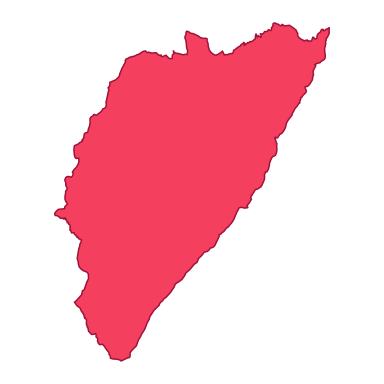 the district of Jerusalén, Cundinamarca, Colombia
{"feature_id": "7082276B72958571486276", "entity_name": "Jerusalén", "entity_type": "district", "adm_level": 2, "iso_a3": "COL", "parent_name": "Colombia", "parent_adm1": "Cundinamarca", "projection": "natural_earth1", "projection_center": [-74.701, 4.558], "detail": "fine", "context": "isolated", "style": "filled", "palette": "rose", "viewbox_px": 384, "rotation_deg": 0, "n_neighbors": 0, "source": "geoboundaries", "source_scale": "gbopen_adm2", "svg_char_len": 5769}
<svg xmlns="http://www.w3.org/2000/svg" viewBox="0 0 384 384"><path d="M296.0,30.0L292.4,27.2L289.3,25.3L284.4,25.9L282.7,24.6L282.0,24.5L281.5,25.8L279.2,25.1L278.6,24.4L276.0,23.6L275.2,23.0L273.6,23.2L273.0,23.9L272.9,25.8L272.5,26.8L271.5,27.5L271.5,29.6L271.1,30.4L270.1,30.4L269.5,29.9L268.3,29.8L267.4,31.4L264.5,31.6L263.8,32.9L262.8,33.9L260.4,33.9L260.4,34.2L261.0,35.1L261.2,36.6L260.8,37.3L258.4,35.7L257.5,36.9L257.1,36.9L256.4,34.3L256.0,34.1L255.5,35.5L255.3,38.6L254.8,39.4L254.0,39.6L253.6,40.4L251.4,41.6L249.8,41.6L249.0,42.7L247.5,42.7L246.8,43.7L245.2,43.9L244.7,45.3L244.2,45.0L244.3,42.9L243.7,42.5L242.8,43.6L240.9,44.8L240.1,46.1L238.1,47.1L234.7,49.8L233.8,50.2L233.4,50.8L233.4,52.3L232.2,53.6L230.8,53.5L229.1,53.9L227.6,54.8L226.7,54.5L224.3,54.9L222.5,51.2L219.8,53.3L215.9,55.4L213.1,54.1L211.1,52.5L209.1,49.8L208.9,48.2L208.3,46.7L208.3,45.4L207.8,42.8L206.9,40.4L207.2,39.0L206.9,38.7L205.6,38.2L203.6,38.4L200.4,37.6L198.3,36.0L193.5,33.7L190.6,33.2L188.6,31.7L186.8,31.2L186.0,32.2L186.1,34.2L185.0,36.5L184.9,37.6L186.1,41.6L186.6,47.4L187.1,49.5L187.8,51.1L187.2,53.0L187.0,54.6L185.5,54.3L182.8,54.8L178.7,53.5L176.3,53.3L174.0,52.2L173.4,50.5L173.3,51.2L173.9,53.4L172.4,55.0L172.2,58.0L172.0,58.4L170.6,58.7L168.8,58.2L166.0,55.2L162.8,56.5L161.6,56.5L161.2,56.2L161.2,55.1L158.7,55.2L156.9,53.3L156.0,52.7L151.9,53.1L148.3,52.1L147.3,52.6L146.3,52.1L145.7,51.0L143.9,51.1L141.4,52.4L139.2,54.1L137.4,54.6L134.7,56.0L129.2,57.4L128.3,58.2L126.1,59.0L125.2,60.6L125.5,61.3L125.3,62.3L121.9,68.5L119.8,73.8L119.2,76.5L115.6,79.9L109.8,82.4L109.9,85.0L109.1,86.5L108.1,87.7L108.3,88.6L108.8,89.2L108.9,90.3L108.4,91.2L106.3,101.3L105.9,102.1L106.3,104.1L105.9,106.9L105.0,108.0L102.6,109.1L101.9,110.7L101.0,111.7L96.9,114.9L96.1,115.2L94.4,114.5L93.7,114.6L92.8,115.9L90.9,117.2L90.0,118.6L90.1,122.6L89.5,126.1L88.4,129.0L87.9,131.7L87.2,132.4L85.6,132.8L84.2,134.1L83.9,137.1L83.6,138.1L82.1,140.0L82.6,140.3L82.4,141.1L79.6,142.7L77.9,144.2L75.0,145.4L74.3,146.0L73.9,149.9L74.3,154.4L74.8,156.8L75.6,158.1L76.2,158.5L78.0,158.1L78.8,158.4L78.9,161.7L78.4,163.5L76.8,166.8L73.7,170.0L72.4,172.2L73.3,173.9L72.2,176.4L71.3,177.2L69.0,176.5L67.0,176.7L65.9,177.5L64.9,179.4L65.0,181.1L65.7,182.1L65.8,185.4L67.2,188.4L66.8,189.9L65.7,191.0L65.5,193.9L65.0,196.1L65.0,199.1L65.8,201.7L66.9,202.7L67.4,204.1L65.0,206.5L64.7,207.3L64.7,208.7L58.7,209.3L58.0,209.6L55.3,212.3L54.8,213.5L54.8,214.7L55.3,215.5L57.0,215.7L58.3,216.3L60.6,218.3L62.1,218.2L63.6,218.9L63.9,218.1L65.0,217.9L64.9,219.0L65.2,219.3L65.9,219.0L66.5,220.8L67.1,221.2L67.3,222.7L68.3,222.5L68.8,224.3L70.0,225.1L70.3,226.3L69.9,227.1L70.3,227.6L70.1,228.1L70.2,228.8L69.8,230.0L70.8,230.4L71.0,231.5L71.6,232.9L73.9,232.7L74.7,234.6L75.8,235.0L76.1,235.9L76.9,236.1L77.0,237.3L78.2,237.4L78.7,238.8L79.8,238.9L80.3,239.6L81.4,240.0L81.3,241.3L79.9,244.3L79.6,246.4L78.8,248.8L77.2,258.3L77.7,260.4L78.3,261.6L78.2,263.0L79.2,267.0L81.7,269.6L83.5,270.8L86.7,272.0L88.0,273.4L88.3,273.8L88.5,278.7L86.8,282.1L84.4,289.2L83.8,290.1L82.4,290.8L81.6,294.8L76.1,300.9L74.5,302.2L77.1,305.9L79.7,307.7L80.3,308.5L81.3,311.1L82.0,311.6L82.2,312.3L82.7,312.5L82.9,313.5L83.5,314.2L84.3,316.3L84.3,317.1L84.9,317.3L84.8,318.3L86.2,319.3L86.5,320.3L86.4,324.4L87.1,326.1L87.6,326.7L87.4,327.6L88.0,328.0L88.5,331.1L91.5,334.4L93.8,334.3L95.5,333.6L95.8,333.8L96.2,335.6L96.0,336.8L97.1,337.9L97.7,338.9L97.5,341.1L98.5,343.6L100.0,344.7L102.5,344.3L104.5,346.4L105.6,348.3L108.7,352.4L109.2,353.6L109.0,354.3L110.1,355.5L110.5,358.3L113.3,359.0L117.2,359.2L120.3,360.2L121.2,361.0L127.9,357.7L129.0,357.7L129.8,357.1L130.2,355.4L130.0,354.6L130.2,352.7L131.7,350.5L136.4,345.8L138.4,340.1L140.7,336.3L141.4,334.4L143.7,331.0L145.3,328.0L147.0,323.2L149.3,319.1L149.7,316.9L154.0,310.3L159.2,305.2L159.4,304.2L160.1,302.9L162.6,300.7L163.9,298.7L166.0,297.4L170.7,292.2L174.1,287.1L175.3,284.2L176.6,283.0L178.1,282.3L182.0,279.4L184.9,275.3L185.5,273.5L186.3,272.6L189.8,269.6L194.4,264.1L197.0,262.4L198.5,258.6L202.0,255.2L204.2,252.2L207.3,251.4L208.8,250.3L210.2,248.2L213.0,247.3L214.6,245.9L219.2,236.4L219.1,234.8L220.6,234.2L222.3,232.4L223.2,232.0L224.3,231.0L226.5,227.9L227.8,227.4L232.3,222.0L233.9,219.3L236.9,212.0L238.5,209.3L238.5,208.5L238.9,208.0L241.2,207.3L245.1,208.2L245.8,207.5L246.9,207.9L247.6,207.7L247.8,207.2L247.1,205.5L248.9,203.4L251.4,199.4L250.8,197.5L251.5,195.3L252.1,195.1L252.4,194.1L253.4,193.0L255.3,189.6L257.3,189.1L258.7,188.4L259.8,187.3L260.7,187.1L262.0,185.1L264.2,180.0L264.6,178.0L264.5,174.7L265.6,172.0L267.0,171.8L268.6,168.7L269.4,164.9L269.3,164.2L270.7,160.1L272.0,157.4L272.7,156.6L273.8,156.3L275.5,155.1L276.7,151.9L276.9,148.9L276.6,145.1L277.0,143.9L276.2,142.2L274.9,137.6L275.4,137.2L276.4,137.9L277.6,137.8L279.7,134.5L282.1,133.1L282.3,132.4L283.6,131.3L283.7,130.3L284.4,129.8L285.5,127.4L286.4,123.3L288.1,120.2L291.8,115.5L292.8,112.5L293.5,111.6L295.0,108.5L297.2,106.0L298.8,103.5L299.8,102.9L299.8,101.4L300.7,99.0L300.6,97.8L301.6,97.5L303.2,95.1L305.7,92.8L306.4,91.0L305.1,87.8L305.2,86.7L307.2,86.5L308.3,85.8L310.0,83.8L312.3,79.9L312.6,78.7L312.6,77.0L313.5,75.1L313.3,73.0L312.9,71.9L314.2,68.7L315.7,66.0L315.6,65.2L314.8,64.5L317.3,63.3L320.0,62.7L321.0,61.5L324.0,59.7L325.1,58.1L325.3,55.8L324.5,49.3L325.8,43.5L325.6,41.1L326.2,40.2L326.2,38.7L327.4,37.3L329.1,33.7L329.2,27.9L328.5,28.0L327.4,28.9L326.0,29.3L325.0,30.3L323.8,30.7L323.4,30.7L323.3,29.7L322.9,29.3L321.5,29.6L320.3,32.0L318.1,33.8L317.4,34.8L317.0,36.2L317.0,38.2L314.9,39.0L314.3,38.6L313.8,37.4L312.8,37.3L311.7,40.5L311.0,41.3L309.0,40.8L307.6,41.1L307.4,40.1L305.6,40.3L304.2,41.0L303.4,40.3L301.1,39.2L299.3,37.8L297.8,36.2L297.7,33.3L297.1,32.5L296.0,30.0Z" fill="#f43f5e" stroke="#9f1239" stroke-width="1.5"/></svg>